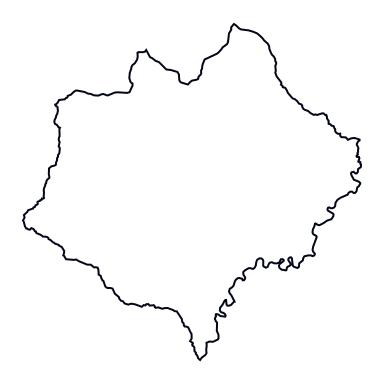 Balboa, Cauca, Colombia
{"feature_id": "7082276B98120491021397", "entity_name": "Balboa", "entity_type": "district", "adm_level": 2, "iso_a3": "COL", "parent_name": "Colombia", "parent_adm1": "Cauca", "projection": "albers", "projection_center": [-77.202, 2.077], "detail": "fine", "context": "isolated", "style": "outline", "palette": "ink", "viewbox_px": 384, "rotation_deg": 0, "n_neighbors": 0, "source": "geoboundaries", "source_scale": "gbopen_adm2", "svg_char_len": 5901}
<svg xmlns="http://www.w3.org/2000/svg" viewBox="0 0 384 384"><path d="M64.8,99.3L59.1,100.0L57.7,102.6L56.5,103.9L55.2,104.6L55.7,105.9L57.0,106.5L57.5,107.1L57.9,110.8L57.2,114.0L56.2,115.6L56.0,117.1L54.5,120.3L54.4,122.4L55.1,124.0L56.9,124.8L58.4,127.1L60.0,127.8L59.4,129.1L59.6,136.3L59.1,137.2L58.7,139.6L59.6,142.1L58.7,146.5L59.7,147.8L59.8,148.6L59.3,153.3L58.0,155.1L58.0,156.8L57.0,158.2L57.1,160.1L56.1,162.4L55.8,164.9L54.5,165.6L51.3,166.4L49.0,168.4L48.8,174.3L49.4,177.1L49.2,178.0L47.3,179.6L46.4,181.1L46.2,183.1L45.3,184.1L45.3,185.1L44.0,188.5L43.7,190.8L44.0,192.2L43.7,196.7L44.0,198.1L43.6,198.5L41.9,198.5L41.7,199.7L40.2,200.2L39.8,201.0L38.0,201.5L37.4,202.2L37.8,203.9L37.1,204.6L35.5,205.3L35.0,206.8L33.4,207.5L33.1,208.5L28.2,210.2L27.3,211.8L23.9,215.1L24.6,217.4L23.0,220.5L23.7,221.6L25.0,226.4L26.3,228.5L27.2,228.6L28.2,229.4L29.9,229.7L31.4,228.1L33.7,229.2L34.9,231.3L35.9,231.5L36.2,232.8L36.9,233.3L40.7,234.8L43.1,236.7L45.0,236.6L47.1,237.0L48.3,237.9L48.6,239.1L50.5,240.0L53.1,242.4L54.1,242.7L54.9,243.6L58.7,244.9L59.3,245.8L61.7,246.9L64.2,251.0L64.0,253.2L63.3,255.4L64.1,255.9L66.0,259.2L74.0,259.9L76.1,259.5L79.1,261.3L87.4,264.7L90.8,264.7L94.2,267.5L95.3,267.2L97.6,267.6L98.4,269.7L98.7,274.6L100.7,275.9L101.5,278.7L102.2,279.5L102.4,280.4L103.5,281.1L105.2,286.2L105.8,287.0L107.5,288.0L110.4,288.0L112.6,288.6L114.8,293.6L118.8,297.0L119.4,298.9L121.1,300.8L122.8,301.2L124.7,303.5L128.3,304.6L131.1,303.7L135.0,304.3L141.8,306.8L143.7,305.1L145.4,305.4L146.3,304.2L148.3,304.1L149.7,305.6L153.8,305.2L154.9,306.5L154.9,307.3L155.7,307.8L158.4,307.4L162.4,308.8L164.6,308.1L167.6,308.0L173.2,310.1L174.5,311.1L176.8,311.4L181.8,319.0L182.3,322.0L183.6,323.3L184.0,325.7L184.8,326.5L186.0,326.5L188.2,327.4L190.7,332.7L191.5,333.7L191.7,338.3L190.1,341.2L192.8,342.9L192.9,343.7L192.3,344.3L192.2,345.0L192.5,345.7L193.6,346.3L194.4,347.7L194.5,351.1L195.9,352.8L195.8,354.0L197.2,355.4L198.2,358.3L200.1,360.0L201.7,357.7L205.2,355.1L206.5,353.2L206.2,349.5L206.7,345.8L206.5,342.8L209.6,341.5L212.4,341.8L213.7,341.5L217.8,339.5L218.5,338.4L218.5,334.8L216.8,330.8L217.1,322.7L215.9,321.3L214.9,318.9L215.2,317.6L216.0,316.4L215.7,314.6L216.1,314.1L217.0,314.1L218.7,314.7L220.3,316.0L225.2,316.7L225.7,315.7L224.7,313.8L223.4,312.9L221.1,312.2L220.0,310.8L219.8,309.9L220.1,307.8L222.7,304.5L224.3,301.2L225.3,300.0L226.1,300.0L226.5,304.5L227.1,305.4L228.1,305.8L230.9,305.1L233.8,301.9L234.6,301.7L231.4,295.4L229.6,293.1L229.0,291.3L229.8,288.8L232.1,287.3L233.6,285.6L234.9,281.3L235.9,279.7L237.8,278.2L239.3,278.0L242.2,278.8L242.7,280.3L244.2,280.1L245.1,278.6L245.1,277.4L243.4,274.5L243.2,272.6L243.5,271.7L245.0,270.3L248.6,268.2L250.7,268.2L252.8,269.0L254.4,268.0L255.8,265.6L256.3,262.0L257.1,259.9L259.3,258.4L261.3,258.4L262.8,259.6L263.3,260.9L263.2,265.8L263.9,266.6L265.9,267.7L267.6,266.9L269.0,263.6L269.8,262.7L271.9,262.2L274.1,263.3L276.8,263.4L279.3,262.5L280.8,259.3L282.8,259.2L283.7,260.1L283.7,260.9L279.6,264.1L279.0,265.7L279.1,266.9L279.7,268.1L281.5,269.6L286.0,270.4L286.4,270.1L286.9,267.8L287.6,266.7L289.4,266.0L290.7,264.7L290.2,262.8L288.7,260.9L288.2,259.6L288.7,258.3L290.2,257.3L291.1,257.4L291.9,258.3L292.8,265.7L294.0,266.8L297.4,268.0L298.9,266.9L299.2,263.4L302.8,260.4L303.3,258.0L304.4,256.3L308.2,255.4L311.0,255.4L312.4,256.1L313.9,255.7L314.8,254.6L314.9,253.8L312.9,251.2L312.6,249.6L313.2,246.5L316.7,237.1L316.4,236.0L313.3,234.2L312.5,232.5L312.9,229.4L314.5,226.0L314.9,223.8L315.6,223.5L317.8,224.9L319.4,225.2L323.4,223.2L326.9,220.7L331.4,219.2L333.4,216.1L333.5,214.3L332.7,213.4L327.9,210.6L327.4,209.3L328.0,207.8L329.2,207.4L330.7,208.2L332.1,208.3L334.1,207.5L335.2,206.0L335.5,202.8L337.4,199.9L340.6,197.7L347.7,194.6L348.6,192.8L350.4,191.6L352.1,191.7L353.7,193.0L355.2,192.8L356.4,191.5L357.3,187.3L358.7,186.4L360.2,183.8L360.2,182.9L358.9,181.7L353.9,179.7L351.6,175.5L351.0,173.5L351.5,172.3L353.6,171.8L355.3,173.4L356.7,173.4L357.8,172.0L358.2,168.9L360.8,167.2L361.0,164.4L360.2,163.6L360.4,162.2L359.5,161.6L358.5,161.9L358.3,161.4L359.4,158.5L359.1,157.1L356.9,156.9L356.5,156.3L356.6,155.7L357.9,154.6L357.4,153.2L358.1,152.0L358.0,150.0L358.4,148.6L358.0,147.0L356.8,144.7L356.8,143.8L358.3,141.2L359.6,140.4L359.5,139.5L355.0,138.1L353.5,138.0L350.7,138.5L348.0,139.8L345.8,137.4L341.3,137.1L340.2,135.7L340.2,133.7L337.9,133.8L335.7,132.2L335.1,130.4L335.2,129.1L334.4,128.3L333.6,126.1L331.6,125.7L330.5,124.4L328.8,123.9L329.0,123.3L328.5,122.7L328.7,121.0L327.0,118.5L326.9,116.5L326.3,115.0L325.5,115.2L323.6,113.4L322.3,113.3L317.0,115.0L315.4,114.4L313.7,114.9L310.2,112.9L308.4,111.1L304.6,109.7L303.5,109.0L302.2,106.8L302.3,105.8L301.5,104.5L299.0,103.6L297.1,101.0L294.6,99.0L292.6,98.4L287.8,92.8L286.7,90.1L285.2,87.8L282.8,87.2L282.6,86.0L280.9,84.6L281.4,83.4L281.2,82.3L276.7,76.5L275.3,72.8L275.8,70.9L275.3,66.1L276.2,63.5L276.1,62.4L275.3,61.1L275.1,58.9L273.7,56.4L272.1,54.9L271.1,53.2L269.4,48.9L269.1,46.3L268.0,43.9L264.2,40.5L262.2,37.9L257.5,33.6L253.4,31.8L248.7,30.4L240.9,29.4L239.2,28.5L235.8,25.2L233.9,24.0L231.2,27.3L231.2,29.8L229.0,33.4L228.0,42.0L227.1,44.1L222.8,47.2L220.9,49.9L218.3,52.7L216.8,53.8L204.6,59.5L202.5,64.8L201.9,69.1L201.1,70.4L201.2,73.4L200.5,74.8L198.7,76.5L198.1,79.0L196.7,79.7L192.1,80.6L190.4,81.8L187.9,84.5L181.2,82.5L180.2,81.8L179.3,80.2L178.9,74.5L177.5,72.0L170.9,70.0L166.4,69.5L159.0,62.1L155.7,60.9L152.2,58.2L150.0,57.1L146.2,50.0L144.9,51.7L143.0,52.2L138.6,52.1L137.5,52.7L137.7,56.8L137.1,59.6L134.9,63.2L132.5,65.1L131.6,66.6L131.2,68.8L129.8,72.8L129.3,78.1L130.5,81.8L131.3,82.8L132.5,83.5L132.6,85.4L129.5,92.2L127.2,92.9L117.7,92.3L114.9,92.5L107.9,95.4L107.1,95.4L103.4,94.0L101.1,94.4L99.1,95.4L97.7,95.6L93.9,95.3L91.0,94.0L87.9,93.6L84.7,92.0L77.0,90.5L75.5,90.7L73.3,92.3L71.0,94.6L67.7,95.9L67.3,97.5L65.7,98.2L64.8,99.3Z" fill="none" stroke="#020617" stroke-width="2"/></svg>